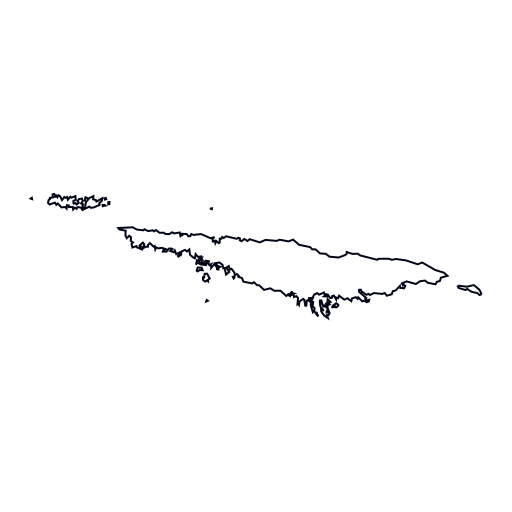 Kepulauan Yapen, Papua, Indonesia (Robinson projection)
{"feature_id": "22746128B96094928872069", "entity_name": "Kepulauan Yapen", "entity_type": "district", "adm_level": 2, "iso_a3": "IDN", "parent_name": "Indonesia", "parent_adm1": "Papua", "projection": "robinson", "projection_center": [135.942, -1.72], "detail": "fine", "context": "isolated", "style": "outline", "palette": "ink", "viewbox_px": 512, "rotation_deg": 0, "n_neighbors": 0, "source": "geoboundaries", "source_scale": "gbopen_adm2", "svg_char_len": 6074}
<svg xmlns="http://www.w3.org/2000/svg" viewBox="0 0 512 512"><path d="M132.7,227.3L118.3,228.0L119.5,229.5L125.7,230.7L125.4,235.4L126.8,238.2L129.2,235.8L131.0,237.2L130.7,240.8L133.0,242.5L131.5,243.8L132.4,247.5L136.5,246.1L136.8,247.3L141.1,249.1L139.7,246.2L140.8,246.3L140.1,245.0L142.9,242.6L144.3,244.4L142.2,249.1L145.2,246.8L148.0,246.7L147.9,245.1L149.9,243.1L153.5,246.6L154.7,246.0L155.3,249.3L156.2,247.4L158.5,248.4L161.8,247.8L165.9,249.2L163.4,250.0L162.9,251.6L166.4,251.7L169.1,248.5L171.4,248.5L172.5,249.1L170.3,251.0L173.7,252.2L174.8,250.5L176.2,254.1L179.9,252.3L181.0,254.1L181.7,251.3L185.1,249.9L187.0,251.5L189.3,249.5L190.0,254.7L193.6,257.8L194.9,258.3L195.6,254.1L198.0,256.9L201.0,256.4L200.9,257.4L202.0,257.4L201.3,258.5L202.3,259.8L200.5,259.9L199.1,258.4L199.1,261.9L197.0,260.2L195.9,264.6L197.3,262.7L200.6,264.3L201.4,261.8L204.1,262.5L205.6,260.7L208.9,261.2L208.4,263.7L209.4,264.9L210.7,264.3L209.9,265.4L211.2,266.0L211.2,267.9L214.3,264.0L216.9,267.4L217.0,269.3L218.5,269.5L218.7,267.5L220.2,266.8L217.3,265.7L215.6,263.1L219.5,262.5L222.5,264.8L223.3,268.3L224.5,268.1L226.1,274.5L229.2,271.9L226.3,267.6L228.8,266.1L229.9,269.5L231.5,268.8L234.4,272.6L234.9,275.4L236.9,274.0L238.8,275.9L238.3,276.7L241.9,278.0L243.5,281.7L252.2,283.4L253.9,282.2L257.0,285.1L259.2,285.3L264.1,289.9L270.3,288.3L274.4,290.8L280.4,290.7L286.3,296.0L288.3,294.1L289.6,294.7L291.1,292.4L289.1,295.5L290.1,296.2L291.9,291.2L291.9,292.8L293.6,293.4L291.9,293.7L292.1,294.8L293.5,294.1L294.0,297.1L296.3,296.1L298.0,298.0L297.5,304.3L298.4,303.7L299.0,304.8L299.5,301.4L303.3,298.9L304.3,299.9L305.3,305.7L306.3,305.6L306.7,300.7L308.2,300.5L309.0,298.1L312.5,297.9L314.1,294.7L317.3,293.1L319.1,294.7L323.9,292.5L324.3,293.9L327.9,294.6L330.1,298.0L332.1,297.7L332.1,296.2L333.9,295.6L336.1,299.4L336.3,297.5L338.1,298.2L339.1,295.7L344.4,299.7L347.4,298.2L351.3,301.2L352.0,298.5L355.7,297.2L357.6,298.8L358.2,297.3L362.2,301.3L364.4,300.7L366.6,302.2L368.8,301.5L369.2,299.8L367.0,300.5L365.3,298.7L366.2,297.9L359.1,291.9L359.1,289.8L360.8,289.7L361.7,291.5L366.4,294.8L368.4,293.8L369.9,295.0L373.9,293.1L382.2,293.9L384.7,293.0L386.8,295.7L391.7,294.3L392.8,291.2L395.7,290.4L399.9,285.9L400.2,287.9L404.1,288.3L405.3,285.9L403.3,284.1L402.8,285.2L401.9,283.4L406.6,281.4L415.9,284.0L420.1,281.2L425.0,280.6L427.9,282.8L435.5,284.3L436.9,281.8L439.9,281.0L440.9,277.7L447.5,275.8L443.8,272.6L435.2,270.0L422.2,262.5L417.7,264.3L406.0,260.4L395.9,259.0L391.8,259.8L388.6,258.7L378.5,258.8L377.3,259.8L360.1,255.4L357.8,253.7L352.3,253.9L346.7,252.0L346.7,253.8L345.1,255.1L338.6,257.5L329.6,256.7L325.7,253.8L319.9,253.4L315.7,249.4L312.2,249.3L310.1,247.1L299.1,244.8L293.1,239.6L288.6,241.4L279.6,239.7L276.7,240.9L265.5,239.9L259.8,242.4L249.7,239.2L247.5,241.0L244.3,239.0L241.5,241.2L239.8,240.3L239.9,238.4L238.2,237.8L236.8,238.8L226.0,236.3L223.8,238.0L222.2,237.0L221.5,238.7L219.8,238.6L219.7,242.7L218.9,243.2L216.5,241.1L215.4,243.2L214.9,240.7L212.1,242.0L213.3,241.0L212.2,238.7L214.6,237.1L210.5,238.2L201.1,234.1L193.6,234.9L191.2,234.1L190.4,236.0L188.5,236.4L186.7,234.1L182.2,233.8L182.9,235.6L182.1,234.8L180.5,236.1L179.7,232.5L174.1,233.4L172.1,232.3L169.3,234.1L165.4,234.0L163.8,232.7L159.6,232.8L155.9,230.1L153.9,231.3L152.7,230.3L148.2,231.1L144.4,229.3L143.5,230.3L137.0,229.6L132.7,227.3ZM54.2,193.9L52.6,194.5L52.7,197.5L49.9,197.9L50.0,199.1L48.7,199.9L48.0,202.8L49.6,204.5L54.8,202.6L56.3,204.8L57.8,203.5L61.5,207.4L64.9,207.0L66.6,208.6L66.9,205.2L68.9,205.6L68.9,207.1L72.7,206.9L73.2,209.5L74.7,207.7L76.7,208.8L77.2,207.3L78.6,207.1L81.3,207.9L82.4,210.0L89.4,206.6L90.8,207.8L93.8,207.4L99.6,204.9L99.2,203.2L101.9,200.8L102.2,198.3L96.4,201.5L95.9,200.1L93.1,199.3L93.4,196.2L89.4,198.0L87.6,200.2L87.7,198.3L85.5,197.2L84.8,200.4L86.0,201.6L85.1,207.0L83.7,208.0L82.4,206.1L83.1,204.3L81.1,203.4L82.8,201.1L82.0,198.6L79.0,199.1L77.5,201.1L78.7,202.7L76.7,204.5L75.3,203.0L73.7,203.6L73.3,202.4L73.5,200.8L75.8,199.8L75.4,196.1L71.3,197.7L70.3,196.7L67.9,199.7L67.2,197.0L65.4,197.9L64.3,197.0L62.0,200.1L60.1,196.2L58.5,195.3L57.4,197.1L56.7,195.9L56.2,196.9L54.6,196.7L55.5,195.7L54.2,193.9ZM473.9,285.1L466.8,286.7L458.9,285.7L457.8,286.5L458.7,288.0L465.6,290.0L467.1,288.9L471.6,291.8L477.4,293.1L479.4,295.0L480.8,294.6L481.3,293.4L479.3,289.6L473.9,285.1ZM322.2,303.9L320.9,303.3L320.0,304.7L320.7,307.2L323.8,310.7L321.1,309.4L321.2,311.3L324.0,315.4L327.9,318.1L326.9,314.6L328.5,315.0L329.6,313.0L328.5,310.5L327.9,312.2L326.6,311.9L327.9,308.7L327.3,306.5L326.4,307.3L326.2,306.7L327.2,303.7L325.9,303.7L324.6,306.4L323.5,305.6L323.7,307.4L322.2,303.9ZM207.1,273.7L204.7,273.8L204.1,277.4L203.0,277.3L203.0,279.9L205.1,281.6L206.9,280.5L208.1,281.4L208.0,279.8L209.7,278.5L207.1,273.7ZM310.6,299.7L310.5,298.8L309.8,301.5L311.1,302.4L310.7,305.0L312.9,312.3L314.2,311.0L314.6,308.2L312.6,306.1L313.2,301.9L311.0,301.4L312.3,299.1L310.6,299.7ZM336.1,303.3L332.7,305.8L334.7,305.2L334.7,306.3L333.1,306.3L333.4,307.0L336.4,307.3L338.2,305.8L338.3,304.7L336.1,303.3ZM201.6,267.7L197.7,267.5L196.7,270.7L197.7,271.4L199.7,270.0L202.6,270.2L201.6,267.7ZM330.5,302.0L327.7,299.3L327.3,303.3L330.5,302.0ZM206.9,262.8L204.4,264.3L202.4,263.9L202.5,264.7L205.9,265.1L206.9,262.8ZM321.3,300.4L319.9,300.5L319.9,302.9L322.0,302.9L321.3,300.4ZM109.4,204.1L109.5,202.0L108.3,202.1L108.2,204.4L109.4,204.1ZM102.6,204.9L102.8,206.2L105.4,205.6L104.7,205.0L102.6,204.9ZM212.0,208.3L209.9,208.6L211.9,209.2L212.0,208.3ZM105.7,197.9L104.5,198.3L105.0,199.6L106.2,199.2L105.7,197.9ZM324.1,296.3L326.6,296.4L325.3,295.3L324.1,296.3ZM234.5,276.5L232.9,276.8L233.7,278.5L234.5,277.6L234.5,276.5ZM179.1,254.8L177.9,256.0L178.4,256.6L180.3,255.2L179.1,254.8ZM206.2,301.5L207.8,300.8L206.7,300.0L206.2,301.5ZM329.5,304.4L327.8,303.7L327.5,304.3L328.4,305.1L329.5,304.4ZM32.1,199.1L31.8,197.8L30.7,198.6L32.1,199.1ZM316.8,312.7L315.3,312.3L317.0,314.3L316.8,312.7ZM317.8,315.1L317.0,314.9L318.2,316.3L317.8,315.1ZM332.2,307.0L332.8,308.1L332.4,306.3L332.2,307.0Z" fill="none" stroke="#020617" stroke-width="2"/></svg>